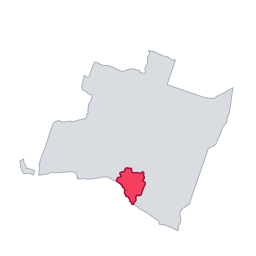 Benguela on a map of Angola (Mercator projection), rotated 289°
{"feature_id": "AGO-1887", "entity_name": "Benguela", "entity_type": "Province", "adm_level": 1, "iso_a3": "AGO", "parent_name": "Angola", "parent_adm1": "", "projection": "mercator", "projection_center": [13.731, -12.811], "detail": "fine", "context": "in_parent", "style": "filled", "palette": "rose", "viewbox_px": 256, "rotation_deg": 289, "n_neighbors": 0, "source": "natural_earth", "source_scale": "10m", "svg_char_len": 5932}
<svg xmlns="http://www.w3.org/2000/svg" viewBox="0 0 256 256"><g transform="rotate(289 128 128)"><path d="M207.8,122.2L208.1,124.0L208.4,126.4L208.6,128.1L208.8,128.9L208.9,129.3L208.6,129.8L208.4,130.9L208.1,131.8L207.9,132.4L208.0,133.6L207.7,137.2L207.7,138.9L208.2,142.0L208.1,143.0L207.1,145.9L206.8,147.3L206.7,148.1L207.8,150.2L207.8,150.6L206.9,150.8L206.2,150.8L181.7,150.8L181.7,187.8L181.7,190.9L182.5,195.1L183.9,199.7L184.5,200.1L186.0,201.0L188.0,202.7L189.1,204.0L191.4,206.3L194.5,209.2L200.1,214.1L181.4,217.7L174.3,219.0L173.7,219.0L172.6,218.5L170.3,218.4L167.6,219.1L165.5,219.3L163.9,219.0L162.3,218.4L160.8,217.5L158.2,217.1L154.5,217.4L150.9,217.2L147.5,216.6L145.0,216.4L143.5,216.5L141.9,216.3L140.2,215.8L138.8,214.9L137.1,213.1L135.8,211.3L135.4,211.1L135.0,210.8L134.6,210.7L127.2,210.6L82.3,210.6L77.0,210.9L76.6,210.8L76.0,210.6L75.5,210.2L74.1,209.2L72.8,208.4L71.0,207.2L69.9,205.8L69.0,205.3L67.3,205.1L66.0,204.8L65.0,204.8L63.2,205.4L61.8,206.1L60.8,206.7L59.1,207.4L57.7,208.2L55.2,208.1L54.7,208.2L53.3,208.1L52.0,207.5L50.7,207.6L49.2,208.4L47.1,208.7L47.6,203.5L48.1,201.2L48.2,198.4L47.9,191.3L47.5,190.4L47.2,189.2L48.5,188.4L49.2,187.7L50.1,186.5L50.7,184.9L51.5,181.3L54.2,173.0L55.5,164.8L57.1,161.0L57.8,156.7L62.3,151.2L63.4,147.8L65.8,146.1L69.1,144.3L71.5,141.2L72.7,139.0L74.0,134.8L74.0,130.5L74.8,124.6L74.6,123.0L73.4,120.7L73.1,119.0L72.0,117.4L70.8,116.2L70.2,114.0L68.0,110.5L67.4,108.2L66.4,106.6L66.3,104.6L65.7,102.4L64.7,100.3L63.6,97.9L63.6,97.1L64.3,96.2L64.9,95.9L64.7,96.3L64.3,96.9L64.4,97.3L68.4,93.1L68.6,92.2L68.5,91.3L68.5,90.2L68.6,88.8L64.9,81.0L61.9,73.7L61.3,70.1L57.4,65.3L55.8,62.1L54.9,59.9L54.2,59.1L54.5,58.7L55.5,58.6L57.8,58.1L60.9,57.5L63.8,56.2L64.6,55.7L66.1,55.5L67.6,55.9L68.2,55.6L68.5,55.6L72.2,55.6L73.7,55.5L76.5,55.6L78.3,55.7L79.3,55.8L82.0,56.0L85.5,56.0L86.7,55.9L91.1,55.8L99.5,55.6L103.9,55.7L107.2,55.7L108.8,56.1L110.2,57.0L110.8,57.8L111.1,58.1L111.5,59.0L112.3,59.6L112.5,60.6L112.3,62.0L112.4,63.7L112.9,65.6L113.8,67.7L115.2,69.8L115.8,71.5L115.6,72.8L116.0,74.1L117.1,75.5L117.8,76.2L118.3,76.8L119.5,78.9L123.3,84.9L123.9,85.2L124.7,85.1L126.5,84.9L128.2,84.8L129.5,85.4L130.0,85.3L131.9,84.2L133.8,83.9L135.8,83.5L136.8,83.1L138.0,83.1L141.2,83.9L141.8,84.0L144.4,84.0L147.0,83.5L147.4,80.0L147.4,79.4L148.0,78.1L148.8,76.9L148.9,75.9L148.9,74.4L149.5,72.6L151.2,71.2L154.0,70.5L155.6,70.4L158.2,70.0L162.0,69.6L163.4,69.6L163.5,69.8L162.7,72.3L162.7,73.1L163.0,73.9L163.7,74.4L171.3,74.5L178.7,74.7L179.1,74.8L179.4,75.0L179.9,76.3L179.8,78.6L179.1,82.1L179.3,85.4L180.6,88.5L180.7,93.1L179.7,99.5L179.5,103.5L180.1,105.1L181.3,106.9L183.1,108.7L184.6,111.1L185.6,114.0L185.9,115.8L185.7,116.6L185.7,117.9L186.0,119.8L185.6,121.0L184.6,121.6L184.3,122.5L184.8,124.1L184.9,125.6L185.6,126.5L186.1,126.6L187.1,126.1L188.3,125.1L189.3,124.7L190.7,124.7L192.7,125.0L196.1,125.1L197.2,124.9L200.4,123.6L201.2,123.5L202.5,123.6L204.3,124.0L206.1,124.1L206.9,123.7L207.0,123.2L207.3,122.5L207.8,122.2ZM64.6,39.4L64.4,39.6L63.0,40.2L61.4,40.8L59.4,43.0L58.4,44.0L58.1,44.2L57.1,44.7L56.5,45.2L56.5,45.4L56.9,45.7L57.4,46.2L57.3,49.8L57.1,53.4L56.9,53.7L55.6,53.8L53.9,54.1L53.3,54.3L53.1,53.9L52.6,52.6L52.9,51.4L53.2,50.4L52.8,48.5L52.0,46.8L51.0,44.7L50.8,44.3L51.5,43.6L52.7,42.1L53.2,41.3L54.6,41.1L55.1,40.6L55.4,39.7L55.6,39.2L57.1,38.8L59.0,38.1L60.0,37.2L61.0,36.7L61.7,36.7L62.1,36.9L63.3,38.3L64.3,39.2L64.6,39.4Z" fill="#d9dde1" stroke="#a8b0b8" stroke-width="1"/><path d="M57.5,158.5L57.5,158.4L57.4,158.2L57.4,157.6L57.4,157.4L57.3,157.0L57.3,156.8L57.3,156.5L57.4,156.3L57.5,156.2L58.0,156.1L58.2,155.9L58.3,155.7L58.6,155.5L58.9,155.4L59.0,155.2L58.9,155.0L58.9,154.9L58.9,154.7L59.0,154.5L59.1,154.2L59.5,154.0L59.6,153.9L59.6,153.7L59.8,153.8L60.1,153.6L60.4,153.5L60.5,153.4L61.4,152.3L61.8,152.0L61.9,151.9L62.1,151.5L62.9,150.6L63.1,150.2L63.1,149.8L63.0,149.5L62.8,149.1L62.7,148.7L62.9,148.3L63.5,147.7L63.8,147.5L64.7,146.7L65.0,146.5L65.1,146.4L65.3,146.0L65.4,145.9L65.8,145.6L66.0,145.4L66.3,145.4L66.3,145.5L66.6,145.5L67.1,145.2L67.3,145.1L67.5,145.1L67.8,145.3L68.0,145.4L68.4,145.3L68.8,145.0L69.4,144.4L69.7,144.2L69.8,144.0L69.9,143.8L69.9,143.2L70.0,143.0L70.1,142.7L70.3,142.3L71.1,141.5L71.0,141.9L71.0,142.0L71.3,141.8L71.5,141.3L71.9,140.9L72.1,140.7L72.4,139.6L72.8,138.8L72.9,138.4L73.1,137.4L73.2,137.2L73.4,137.0L73.5,136.8L73.6,136.6L73.7,136.3L73.9,134.9L74.1,134.5L74.1,134.2L74.7,134.1L75.1,134.2L75.4,134.2L76.5,134.4L77.3,134.3L77.5,134.4L77.8,134.5L78.0,134.7L78.1,135.4L78.2,135.7L78.4,135.9L79.0,136.3L79.3,136.6L79.9,137.4L80.7,136.7L81.4,135.9L81.6,135.6L82.3,135.2L82.6,135.1L82.9,135.1L83.2,135.1L83.6,135.4L84.9,137.2L85.2,137.9L85.6,138.4L86.4,138.7L86.9,138.6L87.4,138.5L87.7,138.5L88.0,138.5L89.2,139.2L89.5,139.4L89.6,139.6L89.7,139.9L90.0,140.1L90.2,141.8L90.2,142.0L90.6,143.4L90.6,143.7L90.9,144.3L90.6,144.6L90.1,144.7L89.6,144.8L89.3,144.9L89.0,145.1L88.7,145.3L88.5,145.7L87.9,146.0L87.6,146.3L87.4,146.5L87.5,147.2L87.4,147.5L87.5,147.9L87.8,148.9L88.0,149.5L88.4,150.3L88.7,150.8L88.8,150.9L88.9,151.8L89.0,152.5L88.9,152.8L88.8,153.0L88.8,153.3L88.9,153.6L89.0,154.0L89.5,154.6L89.8,155.0L90.4,155.4L90.9,155.9L91.4,156.2L91.1,157.2L89.7,157.9L89.4,157.9L88.8,157.8L88.1,158.2L87.6,158.8L87.3,159.1L87.0,159.2L85.7,159.7L85.2,159.7L84.1,159.2L83.6,159.0L83.1,159.1L83.0,159.4L83.0,159.7L82.8,159.9L81.9,161.8L81.5,162.3L80.8,162.6L77.9,162.2L77.4,162.3L77.1,162.2L76.5,162.0L76.2,161.9L75.9,162.0L74.9,162.2L74.3,162.2L73.9,162.2L73.5,162.1L73.2,161.9L72.8,161.8L72.5,161.8L71.1,162.2L70.7,162.3L70.5,162.2L70.0,162.1L69.6,162.0L68.9,162.0L68.7,161.9L68.5,161.7L68.2,161.0L67.7,160.4L67.5,160.1L67.4,159.8L67.5,159.5L67.6,158.8L67.6,158.6L67.4,158.4L65.0,157.8L64.6,157.9L64.4,158.1L64.2,158.3L62.6,159.0L62.2,159.1L61.9,159.0L61.4,158.6L60.4,158.4L59.8,158.2L58.6,158.0L58.2,158.1L57.5,158.4L57.5,158.5Z" fill="#f43f5e" stroke="#9f1239" stroke-width="1.5"/></g></svg>